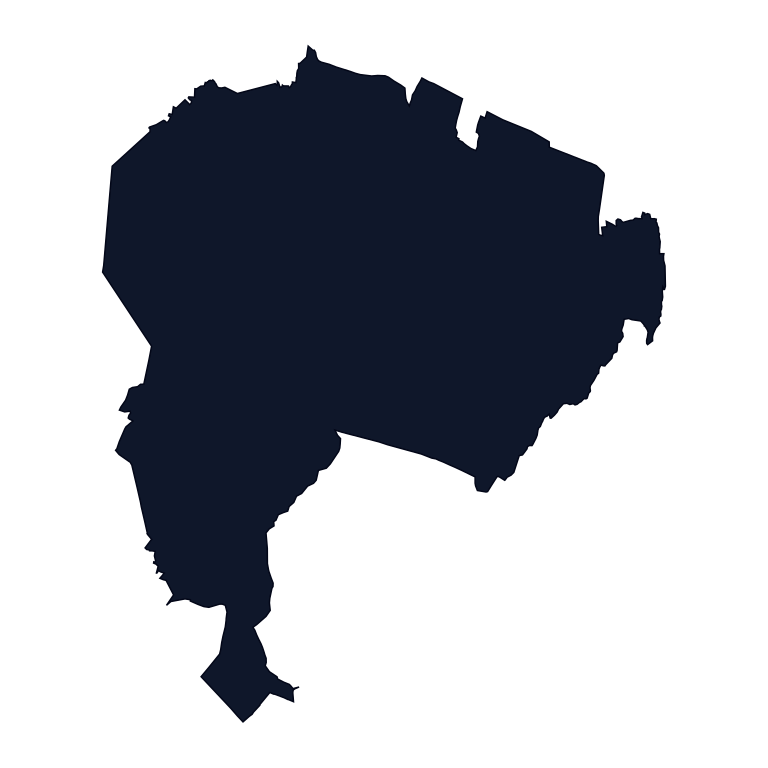 the district of Tlayacapan, Morelos, Mexico
{"feature_id": "50627088B24291222836000", "entity_name": "Tlayacapan", "entity_type": "district", "adm_level": 2, "iso_a3": "MEX", "parent_name": "Mexico", "parent_adm1": "Morelos", "projection": "robinson", "projection_center": [-98.969, 18.943], "detail": "fine", "context": "isolated", "style": "filled", "palette": "ink", "viewbox_px": 768, "rotation_deg": 0, "n_neighbors": 0, "source": "geoboundaries", "source_scale": "gbopen_adm2", "svg_char_len": 6025}
<svg xmlns="http://www.w3.org/2000/svg" viewBox="0 0 768 768"><path d="M661.4,301.7L662.2,300.4L662.7,297.0L662.3,291.4L662.8,286.6L663.5,287.7L663.4,289.3L664.0,289.5L664.5,289.4L665.4,286.3L665.0,265.9L663.6,260.3L663.5,256.3L663.9,253.7L659.6,253.7L659.5,249.1L659.8,247.9L660.2,241.6L659.4,238.3L659.1,236.3L659.5,234.1L658.6,232.2L658.5,227.7L657.5,225.8L657.1,224.2L656.9,223.0L656.0,222.1L656.3,219.2L654.4,218.7L650.7,218.8L650.6,218.0L649.7,214.4L647.6,213.6L644.7,214.7L644.7,213.1L642.9,212.4L642.1,215.1L641.5,216.8L642.2,218.3L642.1,218.7L638.4,218.6L635.9,218.2L634.9,218.4L633.6,219.7L632.6,220.2L630.6,220.3L623.2,222.4L622.0,221.6L620.5,219.8L617.9,219.0L616.2,220.5L616.2,224.2L616.8,225.6L615.9,226.4L613.1,224.8L612.8,224.5L606.3,221.3L606.8,226.7L601.7,227.3L602.7,235.7L602.1,235.5L600.3,235.2L598.7,234.4L598.2,220.7L598.3,216.5L599.5,208.9L604.3,175.4L603.9,173.2L596.4,165.8L590.8,163.2L587.3,162.1L549.3,147.2L549.2,141.9L531.3,131.4L502.8,119.8L487.1,111.7L485.1,118.1L480.8,116.1L478.5,122.4L477.7,125.0L476.3,132.1L478.4,133.4L479.4,136.2L478.6,138.4L477.8,141.4L477.5,146.9L475.8,150.6L470.9,148.5L466.6,145.6L463.7,143.3L463.6,143.1L462.5,142.0L458.7,140.2L458.9,138.7L456.1,137.3L457.2,132.6L456.2,129.8L455.2,128.1L455.8,124.5L456.6,120.4L457.6,116.7L459.0,112.3L460.3,106.5L462.5,98.8L433.7,83.6L429.0,81.9L421.9,78.0L420.3,81.3L417.1,86.5L415.2,90.8L412.5,94.9L411.5,100.1L410.2,103.1L409.3,106.0L406.7,101.5L405.8,98.5L405.3,94.1L404.9,88.1L400.8,85.1L393.9,81.0L388.5,77.2L385.1,75.8L377.8,75.5L371.6,76.0L360.2,74.6L355.4,73.3L349.8,71.3L336.0,67.0L329.2,64.3L321.4,62.2L319.0,61.0L317.6,59.6L316.3,56.6L315.6,52.6L314.3,50.2L312.9,50.3L308.2,46.1L307.3,52.0L306.6,57.1L300.1,63.3L298.6,63.5L298.7,68.5L297.4,70.6L296.9,73.2L296.7,76.7L296.3,77.4L296.3,79.3L295.8,82.6L292.4,82.0L292.3,83.7L291.3,85.2L290.5,86.8L289.2,87.7L288.5,86.0L283.3,85.9L282.4,85.1L282.1,86.3L281.4,87.3L280.7,87.0L280.0,87.4L278.6,82.8L277.3,81.4L277.3,83.6L276.8,85.3L275.3,83.6L237.4,93.5L224.9,87.3L221.6,88.0L218.8,87.8L217.3,86.8L216.0,83.9L215.1,82.9L214.5,81.6L212.8,79.9L211.9,80.8L210.3,80.3L208.9,80.7L208.4,81.8L207.4,81.8L206.6,83.0L205.3,82.5L204.3,85.9L200.7,86.2L196.7,88.9L194.9,88.7L194.5,97.2L188.8,96.9L188.3,97.9L189.8,99.8L191.5,100.5L191.4,102.5L190.9,103.5L189.7,104.7L189.1,103.9L185.0,99.8L176.2,108.2L173.4,106.8L172.2,114.5L169.2,113.8L168.5,115.8L170.7,116.9L169.5,119.6L168.1,121.8L166.4,122.5L164.7,120.7L163.5,120.4L156.3,124.7L149.5,127.1L149.0,127.9L150.0,128.5L150.1,131.7L112.2,166.2L103.7,265.5L102.6,272.1L151.6,346.2L148.8,360.7L143.8,384.2L140.5,384.3L137.6,386.7L132.4,387.5L129.3,389.2L127.6,395.1L125.6,400.2L120.9,407.0L119.4,410.1L124.7,411.9L130.1,411.2L130.6,413.1L129.0,415.2L128.2,418.0L129.5,419.2L131.9,420.3L132.9,421.0L126.0,426.8L124.8,428.9L119.4,441.4L117.2,447.8L117.0,448.6L115.6,450.3L119.1,454.5L129.1,461.5L130.2,462.2L131.2,464.0L131.8,464.9L137.2,487.7L140.5,502.2L141.3,506.7L144.6,520.9L147.4,533.4L147.1,533.6L147.6,534.5L151.7,539.4L151.3,539.7L145.1,547.9L146.7,549.5L149.2,549.9L149.5,550.8L152.6,550.9L155.2,551.4L154.4,555.9L155.6,560.8L154.7,562.3L153.8,561.9L153.6,563.1L156.0,564.1L157.7,565.8L158.2,566.2L156.4,573.0L156.8,573.1L158.6,570.6L160.4,571.8L164.3,573.1L159.9,578.3L163.3,579.7L166.1,580.4L173.6,594.9L166.5,605.3L170.9,601.5L185.0,598.9L190.4,599.7L190.3,601.0L198.0,604.4L203.9,606.6L208.9,607.3L219.7,604.1L222.2,604.1L225.3,605.3L227.1,612.3L226.9,612.9L226.2,618.4L226.1,620.4L225.3,626.9L223.0,636.2L221.7,642.6L220.7,649.7L219.6,654.1L208.7,667.6L201.1,676.7L230.8,708.3L237.5,716.0L243.0,721.9L249.3,716.3L252.1,714.3L253.5,712.1L259.9,705.2L259.9,704.5L269.8,692.5L273.6,694.1L274.7,694.2L284.1,697.7L287.8,699.5L288.5,699.6L293.5,701.7L292.8,692.8L293.0,690.9L293.3,690.0L293.7,689.6L294.9,688.8L299.1,687.0L293.0,688.6L290.7,685.8L289.3,684.4L283.8,682.2L277.6,679.0L277.1,676.9L269.4,671.7L265.3,665.9L265.4,665.1L266.2,662.5L266.1,658.2L264.9,655.1L263.8,651.4L262.5,647.5L261.0,643.8L258.7,639.3L256.6,634.8L254.8,630.2L252.9,627.3L257.0,624.3L266.0,616.4L270.2,610.4L269.4,602.9L269.8,598.3L271.9,588.4L273.0,586.5L273.1,583.1L271.1,577.9L268.9,571.5L268.5,569.8L267.4,563.6L267.3,548.4L266.0,532.9L269.3,528.8L274.0,525.9L273.7,521.6L275.9,520.3L278.3,514.7L283.5,512.5L287.7,511.1L289.1,506.5L293.8,502.4L296.5,496.2L301.7,493.4L307.6,486.1L313.5,483.3L316.2,480.2L318.4,470.4L326.3,468.2L330.3,463.9L338.7,451.3L339.8,448.0L340.2,443.7L340.5,438.6L337.5,435.3L334.9,430.0L342.3,432.3L379.1,441.9L387.5,444.7L421.3,454.0L431.8,458.1L436.0,458.9L438.7,460.2L443.5,462.1L449.8,465.0L455.1,467.3L462.0,470.5L475.1,476.9L475.1,483.2L475.6,485.9L477.4,490.5L486.1,492.0L487.6,491.6L491.5,485.3L496.8,477.0L497.5,476.5L498.3,476.5L499.5,477.0L504.7,480.3L505.1,480.0L507.1,477.2L511.1,475.1L513.8,472.4L519.2,455.6L522.5,454.9L526.9,449.0L527.6,446.5L529.5,445.5L532.0,445.6L532.8,444.4L535.9,438.4L537.2,435.0L537.9,430.2L538.6,427.9L540.3,426.5L541.7,422.9L542.8,420.9L543.2,419.7L544.2,417.8L545.5,416.7L547.0,416.2L549.1,414.1L550.2,418.1L551.1,418.2L554.4,415.2L557.1,412.1L558.6,409.0L560.9,406.5L563.4,403.7L567.0,403.3L569.8,404.5L573.2,403.7L575.0,404.9L577.1,404.3L579.3,402.5L581.0,401.7L583.9,398.7L586.1,398.8L587.1,398.2L588.7,393.1L590.2,391.6L590.4,390.7L590.0,387.7L590.4,385.6L594.0,380.2L597.1,374.3L598.6,373.2L598.9,369.4L599.8,367.0L601.0,365.1L603.3,365.8L604.9,365.9L605.8,364.6L611.8,358.3L612.6,354.6L613.8,353.1L616.6,351.8L617.1,350.3L617.6,342.9L619.9,341.9L623.1,336.6L622.7,333.3L621.5,331.2L621.8,329.0L623.2,325.0L624.1,319.3L628.7,318.5L631.9,319.7L640.2,320.9L641.0,321.2L643.2,323.7L644.6,325.6L644.4,325.9L644.8,326.1L645.5,326.9L647.3,329.8L648.1,332.2L647.3,337.6L646.9,338.8L646.6,340.7L646.7,343.4L647.6,344.6L652.6,340.8L652.5,337.6L652.7,335.9L653.4,333.3L655.9,327.9L660.0,323.0L659.5,321.6L658.9,319.2L659.4,317.0L660.8,316.0L660.9,314.1L660.6,312.2L660.7,310.7L661.4,309.4L661.8,306.1L661.5,304.9L661.4,301.7Z" fill="#0f172a" stroke="#020617" stroke-width="1.5"/></svg>